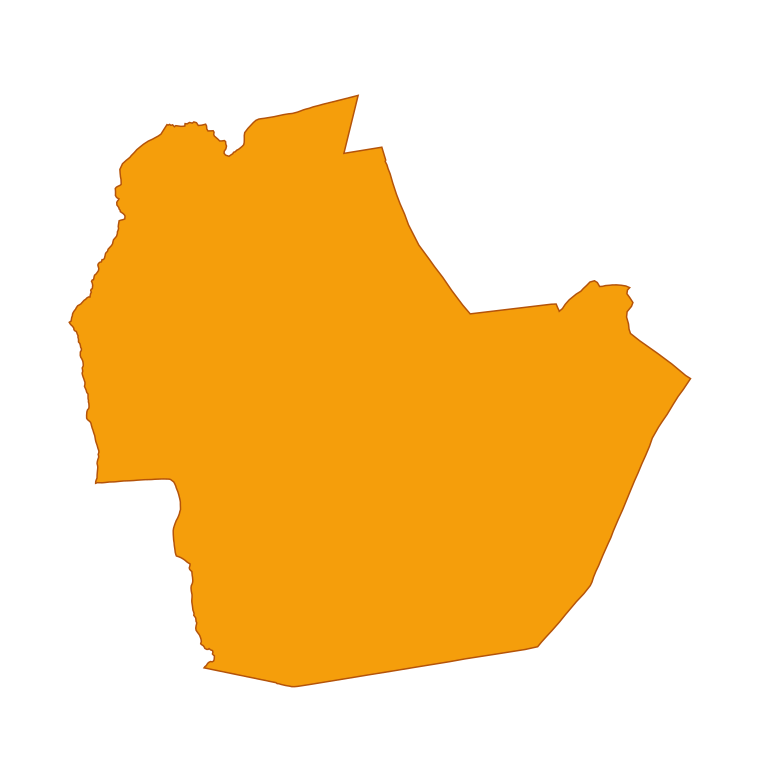 Kiri Vong, Takêv, Cambodia (Mercator projection), rotated 353°
{"feature_id": "14789045B7964460179399", "entity_name": "Kiri Vong", "entity_type": "district", "adm_level": 2, "iso_a3": "KHM", "parent_name": "Cambodia", "parent_adm1": "Takêv", "projection": "mercator", "projection_center": [104.745, 10.65], "detail": "fine", "context": "isolated", "style": "filled", "palette": "amber", "viewbox_px": 768, "rotation_deg": 353, "n_neighbors": 0, "source": "geoboundaries", "source_scale": "gbopen_adm2", "svg_char_len": 6050}
<svg xmlns="http://www.w3.org/2000/svg" viewBox="0 0 768 768"><g transform="rotate(353 384 384)"><path d="M83.5,293.4L85.0,294.4L85.4,296.0L85.8,297.7L86.3,298.9L85.9,300.0L86.1,301.2L86.2,302.8L85.9,305.0L87.0,306.7L87.3,308.5L87.4,310.6L88.0,312.3L87.6,313.9L86.5,315.2L86.3,316.7L86.0,318.6L86.3,320.5L87.0,322.0L87.5,323.4L87.9,325.1L87.9,327.5L87.7,329.4L86.4,331.3L86.5,333.2L86.5,334.7L85.7,336.4L85.8,338.1L86.2,340.3L86.7,342.4L87.1,344.6L87.4,345.9L87.1,348.0L86.4,349.8L87.6,353.7L87.8,355.3L88.1,356.4L89.0,357.9L88.7,360.5L88.5,362.6L88.7,364.1L88.4,365.8L88.7,367.2L88.6,369.1L88.4,371.1L87.8,372.5L86.6,373.5L85.7,375.4L85.0,378.8L84.7,381.7L85.3,383.1L86.3,384.2L87.7,385.7L88.4,387.4L88.5,388.9L89.0,392.2L89.5,394.3L89.9,396.8L90.6,400.1L90.8,404.4L91.0,406.2L91.8,410.0L92.2,412.8L92.8,415.6L92.7,417.0L91.7,419.1L92.0,420.7L91.8,422.1L90.8,424.0L89.9,426.3L89.5,428.1L89.8,430.4L89.7,432.2L88.8,436.2L88.2,439.1L87.7,442.4L86.5,444.5L85.9,446.0L85.7,447.4L87.5,447.0L92.2,447.7L95.0,447.8L99.3,447.8L104.7,448.3L109.4,448.4L113.7,448.5L119.4,449.0L123.7,449.3L127.5,449.4L134.7,449.8L138.7,450.2L141.8,450.5L144.8,450.6L150.8,451.1L153.7,451.4L158.4,452.1L159.8,452.4L160.8,453.0L163.4,455.6L164.1,457.4L164.9,460.0L165.1,461.5L165.6,463.4L166.3,466.0L166.8,469.0L167.2,472.2L167.4,474.2L167.5,476.3L167.2,478.8L166.9,482.2L166.7,483.9L165.8,485.8L165.1,487.8L163.9,490.1L162.7,492.1L161.1,494.3L159.5,497.3L158.5,499.4L157.6,501.4L156.9,503.9L156.5,507.8L156.2,513.1L156.3,516.0L156.2,518.1L156.2,519.7L156.3,522.8L156.3,525.6L156.6,527.9L157.0,529.4L159.3,530.5L161.4,531.7L163.7,533.5L165.0,534.7L166.7,536.6L168.2,537.9L169.6,539.0L169.3,540.5L168.3,542.8L168.5,544.2L169.4,545.6L170.4,546.7L170.3,550.8L170.4,552.2L170.3,555.1L170.2,556.3L169.7,558.0L169.1,559.2L168.1,560.8L167.6,562.9L167.5,564.9L167.5,566.3L167.8,569.8L167.5,572.1L166.8,575.7L166.7,577.5L166.8,580.6L166.8,582.5L166.8,585.1L167.2,586.7L167.5,588.8L167.0,590.4L168.0,592.1L168.6,593.3L168.6,595.4L168.5,596.6L169.0,598.0L168.8,599.2L168.1,600.9L167.4,603.4L167.5,605.6L168.8,608.1L169.8,609.8L170.4,611.1L171.0,613.6L171.3,615.3L171.3,617.3L170.4,619.5L171.2,620.5L172.5,621.5L173.4,622.9L174.0,624.6L175.7,625.8L177.1,626.0L178.1,625.3L179.4,626.7L181.3,627.7L181.5,629.4L180.8,631.0L181.7,632.3L182.5,633.1L182.2,635.2L181.8,636.9L181.1,638.2L179.6,638.8L177.9,638.3L175.8,639.1L174.6,640.2L173.3,641.8L171.8,642.7L170.8,643.8L240.4,667.3L241.4,668.3L243.2,668.7L245.1,669.6L249.7,671.3L253.5,672.4L255.4,673.1L258.1,673.5L261.4,673.6L274.3,673.2L331.0,670.9L357.8,669.9L381.7,668.9L415.3,667.6L431.1,666.7L466.0,665.6L491.8,664.7L504.5,663.5L509.1,659.1L514.4,654.5L521.1,648.8L529.3,641.5L535.9,635.1L542.6,628.9L548.4,623.5L556.8,616.5L564.1,609.3L566.2,606.1L568.5,601.1L571.5,595.7L574.9,590.4L580.3,580.8L587.4,569.0L590.4,564.2L593.6,558.0L600.1,546.8L605.5,537.9L614.7,521.5L620.8,510.7L625.4,503.1L630.2,494.6L634.9,486.9L639.9,478.2L643.7,470.4L651.2,460.3L655.6,455.1L661.3,448.7L668.1,440.0L674.4,432.2L680.2,426.1L688.9,416.0L684.5,412.4L672.4,399.5L659.1,386.8L643.0,372.2L634.8,363.9L633.9,359.5L634.0,354.2L632.9,347.1L634.1,341.9L639.1,337.1L641.0,333.5L638.5,328.3L636.1,324.0L637.1,320.4L639.6,318.3L636.0,316.2L631.5,314.9L627.1,314.0L622.6,313.5L620.1,313.5L616.0,313.3L612.7,313.7L609.9,313.5L608.1,309.3L605.5,307.2L600.8,307.9L597.1,310.9L593.5,313.5L590.7,315.9L585.7,318.2L578.1,323.0L573.6,327.0L570.3,330.9L566.8,333.2L566.5,331.8L565.9,330.2L564.6,325.6L559.5,325.2L478.1,324.9L471.7,315.2L462.7,299.6L455.3,285.3L448.4,273.6L444.3,266.0L435.5,250.4L427.7,229.0L425.1,217.8L421.9,207.1L419.5,197.3L417.2,185.7L415.7,176.2L414.3,170.8L413.6,166.8L412.3,163.2L413.0,162.0L410.7,148.7L372.3,150.2L393.5,94.4L378.0,96.4L357.5,98.9L353.1,99.6L347.5,100.3L343.4,101.2L340.2,101.6L337.3,102.1L335.0,102.7L331.2,103.6L327.5,104.1L325.9,104.3L322.2,104.2L317.2,104.4L307.3,105.3L297.6,105.7L294.4,105.7L292.0,105.8L289.0,106.7L286.2,108.6L280.1,113.7L276.4,117.5L275.6,120.3L275.2,123.9L274.7,127.2L273.9,129.4L272.3,130.8L270.6,131.9L268.1,133.4L266.5,133.9L264.5,135.4L262.9,135.7L262.0,137.0L259.9,138.0L257.9,139.1L254.6,137.5L253.4,135.5L253.8,133.5L255.7,131.4L256.7,128.6L256.2,126.7L256.3,124.1L255.2,122.9L252.8,123.0L250.5,122.7L248.8,120.5L245.8,117.2L245.4,115.5L246.0,113.4L245.3,111.8L243.5,111.7L241.6,111.5L240.2,111.4L239.2,109.4L239.3,106.2L238.6,104.4L234.6,104.9L231.2,104.8L229.7,101.8L227.2,100.7L225.5,101.7L222.8,100.7L220.3,101.8L218.3,101.3L217.7,103.7L215.6,103.7L213.6,103.5L210.7,102.7L208.8,102.2L207.3,103.1L205.8,101.0L203.9,101.3L202.9,100.2L201.2,100.7L200.2,100.1L196.0,105.2L193.1,108.8L190.1,110.4L187.0,111.6L184.0,112.8L179.6,114.2L174.5,116.7L171.1,118.8L167.2,121.3L164.4,123.8L161.0,126.5L159.4,128.1L155.4,130.6L151.3,133.5L148.0,138.8L147.8,142.4L147.7,146.2L147.9,148.9L147.6,152.6L147.4,153.9L146.3,154.6L143.9,155.4L142.4,156.0L141.1,157.2L141.0,159.8L140.7,162.4L140.4,164.1L141.2,166.0L142.0,166.9L143.5,167.9L142.8,169.0L141.7,170.0L140.9,171.1L140.7,173.8L142.2,176.4L142.5,178.2L143.3,179.4L143.3,180.8L145.8,183.0L146.9,184.4L147.4,185.8L147.1,187.3L146.8,188.6L144.7,189.1L142.8,189.3L141.0,189.7L139.9,193.3L139.4,195.3L139.5,197.2L138.8,199.1L138.0,200.3L137.6,202.4L136.5,204.8L133.1,207.9L132.4,209.6L131.7,211.7L130.7,213.0L129.9,213.8L128.8,214.7L126.6,216.6L125.7,218.6L124.1,219.8L123.4,220.8L122.9,222.4L121.7,225.4L120.5,226.3L119.3,226.2L118.4,228.3L116.6,228.6L115.4,229.5L114.7,230.4L114.5,231.5L114.8,233.4L115.0,234.6L114.4,236.6L113.7,237.5L111.6,239.7L110.0,240.7L109.4,242.0L108.8,244.0L108.3,245.1L107.1,245.2L106.2,246.5L106.7,248.0L106.9,250.5L106.6,251.7L106.1,253.8L104.9,254.3L104.3,255.4L104.7,257.2L103.9,258.3L103.1,260.5L102.8,261.8L101.4,261.6L99.7,262.3L98.1,263.6L96.5,264.4L92.7,267.7L91.0,268.4L89.5,269.0L87.9,270.8L86.9,272.3L85.8,273.3L85.0,274.2L84.0,275.5L83.4,276.6L82.9,278.6L82.2,279.7L81.1,283.4L79.1,284.4L79.8,286.0L81.0,287.8L81.8,288.6L82.9,290.7L82.9,292.4L83.5,293.4Z" fill="#f59e0b" stroke="#b45309" stroke-width="1.5"/></g></svg>